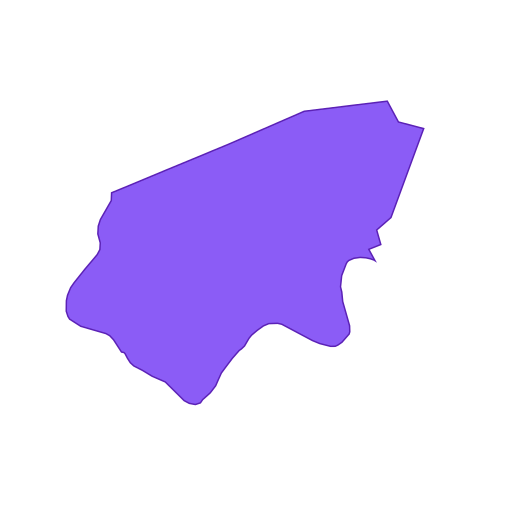 the district of Boone, Kentucky, United States of America, rotated 253°
{"feature_id": "52423323B16120652166140", "entity_name": "Boone", "entity_type": "district", "adm_level": 2, "iso_a3": "USA", "parent_name": "United States of America", "parent_adm1": "Kentucky", "projection": "albers", "projection_center": [-84.783, 38.962], "detail": "fine", "context": "isolated", "style": "filled", "palette": "violet", "viewbox_px": 512, "rotation_deg": 253, "n_neighbors": 0, "source": "geoboundaries", "source_scale": "gbopen_adm2", "svg_char_len": 1250}
<svg xmlns="http://www.w3.org/2000/svg" viewBox="0 0 512 512"><g transform="rotate(253 256 256)"><path d="M147.7,182.9L154.2,188.6L158.8,194.8L165.1,203.5L170.6,212.4L171.4,214.9L173.3,218.7L179.3,225.2L181.6,228.6L184.6,235.6L187.0,242.7L187.6,248.5L185.3,257.0L183.2,260.7L158.6,285.3L153.6,291.4L147.8,300.9L146.5,305.4L146.9,308.3L148.4,313.0L153.7,321.5L154.1,322.2L156.1,323.5L161.9,325.1L187.1,325.6L196.5,327.5L201.8,327.8L212.2,332.2L222.2,340.0L223.7,341.6L224.6,343.5L225.2,349.0L224.2,355.2L222.1,360.7L219.8,364.7L217.6,367.7L216.8,368.4L229.4,365.8L230.5,378.7L245.6,379.0L253.3,396.3L310.0,439.3L328.8,453.6L342.5,431.4L365.7,426.8L371.6,393.7L380.3,344.4L370.8,261.5L369.3,245.7L368.6,238.9L364.5,196.0L359.9,149.3L358.7,136.4L351.3,133.8L336.4,117.9L330.7,113.9L323.3,111.2L314.1,110.9L307.8,108.6L303.8,104.6L301.5,101.1L293.6,88.8L283.6,74.2L279.9,69.5L273.6,64.3L268.7,61.6L258.7,58.4L253.2,58.5L250.1,59.3L240.0,67.9L225.7,89.8L222.6,92.8L217.5,95.3L203.5,99.3L202.3,101.5L201.0,102.2L195.7,103.2L190.7,104.6L186.6,107.0L179.7,114.1L171.3,121.6L162.1,132.4L153.6,137.0L138.7,145.0L134.6,149.1L131.7,154.6L131.8,159.9L134.2,162.9L138.5,172.2L143.7,179.5L147.7,182.9Z" fill="#8b5cf6" stroke="#5b21b6" stroke-width="1.5"/></g></svg>